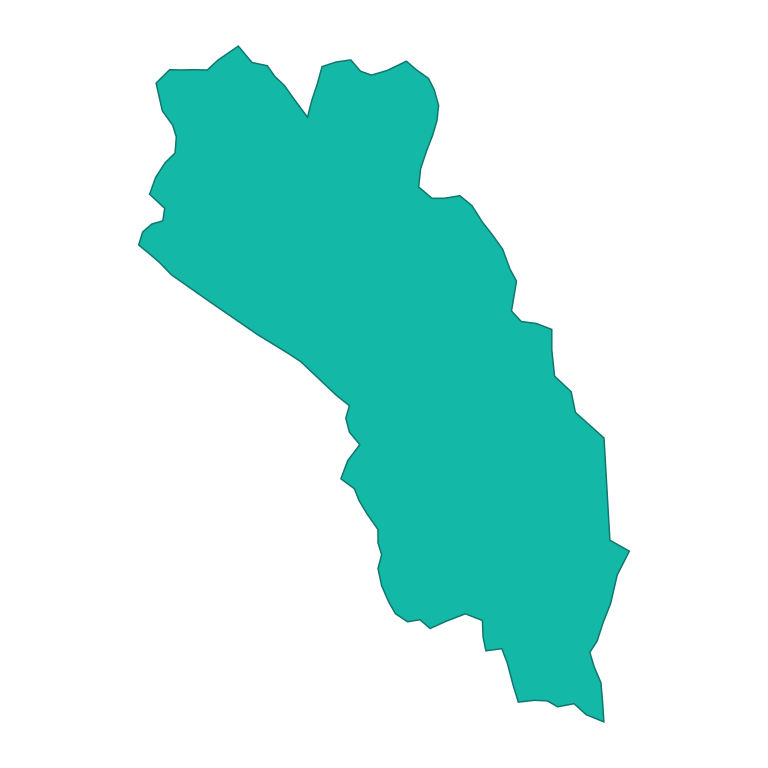 outline of Pedreira, São Paulo, Brazil
{"feature_id": "56859067B78488981040845", "entity_name": "Pedreira", "entity_type": "district", "adm_level": 2, "iso_a3": "BRA", "parent_name": "Brazil", "parent_adm1": "São Paulo", "projection": "albers", "projection_center": [-46.892, -22.763], "detail": "fine", "context": "isolated", "style": "filled", "palette": "teal", "viewbox_px": 768, "rotation_deg": 0, "n_neighbors": 0, "source": "geoboundaries", "source_scale": "gbopen_adm2", "svg_char_len": 1488}
<svg xmlns="http://www.w3.org/2000/svg" viewBox="0 0 768 768"><path d="M238.3,46.1L218.2,59.9L207.3,70.0L193.1,69.7L181.0,70.0L169.6,69.7L156.1,83.1L162.3,110.8L172.7,125.2L176.3,137.0L175.1,152.9L165.2,162.6L155.7,177.3L149.6,194.2L164.7,208.3L162.8,220.9L151.9,224.0L142.7,231.9L138.7,245.0L150.8,255.0L160.0,263.0L171.4,274.8L188.9,287.1L209.7,301.7L257.8,334.8L287.6,353.0L300.9,361.8L336.1,395.1L349.4,405.7L345.8,418.2L349.4,432.1L359.8,444.7L347.7,460.6L340.9,478.8L354.4,488.8L359.1,500.6L366.9,513.7L378.0,529.6L378.0,542.7L381.6,554.8L378.0,568.6L381.6,585.6L388.9,602.3L395.5,613.8L407.6,621.8L419.9,619.7L430.1,628.5L444.8,621.8L465.3,613.8L482.4,620.5L483.1,637.2L485.9,650.8L501.8,648.7L507.2,662.6L512.9,684.4L518.3,702.1L534.6,700.3L547.4,700.9L557.6,706.8L574.1,703.7L586.2,714.7L603.9,721.9L602.5,700.9L600.9,682.6L594.3,667.2L589.8,652.4L597.1,641.1L603.3,622.1L610.6,603.6L617.2,575.1L629.3,551.2L609.9,540.2L604.0,438.0L575.4,412.4L571.2,391.8L554.6,376.2L551.8,350.0L551.8,329.5L536.4,323.5L521.2,321.5L511.5,311.0L516.5,281.2L509.9,268.9L502.6,249.1L491.7,234.0L482.4,222.1L472.0,205.7L459.9,195.7L444.1,198.3L432.0,198.3L418.7,187.0L420.6,168.8L426.6,150.8L432.7,135.1L437.0,120.5L438.6,105.4L434.4,90.2L428.5,78.4L416.2,69.7L406.4,61.2L387.3,70.4L371.4,75.1L360.5,71.2L350.8,59.9L336.1,62.0L322.1,66.6L317.2,84.3L311.7,100.7L307.5,117.2L293.0,97.7L284.5,85.6L274.8,76.4L267.4,65.8L252.0,62.5L238.3,46.1Z" fill="#14b8a6" stroke="#0f766e" stroke-width="1.5"/></svg>